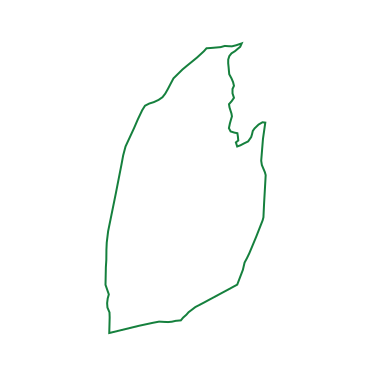 outline of Kilimani, Nairobi, Kenya, rotated 103°
{"feature_id": "3690345B60954938722766", "entity_name": "Kilimani", "entity_type": "district", "adm_level": 2, "iso_a3": "KEN", "parent_name": "Kenya", "parent_adm1": "Nairobi", "projection": "albers", "projection_center": [36.768, -1.277], "detail": "fine", "context": "isolated", "style": "outline", "palette": "green", "viewbox_px": 384, "rotation_deg": 103, "n_neighbors": 0, "source": "geoboundaries", "source_scale": "gbopen_adm2", "svg_char_len": 1524}
<svg xmlns="http://www.w3.org/2000/svg" viewBox="0 0 384 384"><g transform="rotate(103 192 192)"><path d="M133.3,261.1L142.6,262.8L162.6,267.0L171.8,267.3L181.0,266.9L210.8,265.9L249.1,264.9L260.4,263.7L267.5,262.4L277.5,260.2L284.7,259.0L301.9,255.4L310.5,250.0L314.7,250.2L319.4,249.7L323.6,248.4L327.9,245.3L332.8,244.0L348.0,240.9L334.3,213.6L328.3,200.8L325.7,194.9L324.8,189.7L324.1,186.0L322.9,182.4L321.2,178.9L319.6,174.0L316.4,172.4L312.9,169.9L309.9,168.3L303.3,162.8L296.9,155.3L293.8,151.8L286.0,142.9L272.1,127.1L256.3,124.9L248.9,124.9L244.2,123.6L238.9,122.4L233.1,121.4L221.3,119.4L203.7,116.8L200.6,116.7L186.9,119.2L163.0,123.3L159.0,124.0L156.4,125.4L150.0,130.0L146.0,131.6L124.3,134.8L107.9,136.2L108.2,139.0L111.3,142.3L115.9,145.3L118.8,146.5L122.1,146.5L125.2,146.7L130.1,148.7L133.0,152.3L135.6,155.3L137.5,158.2L133.8,160.4L131.4,158.5L127.8,159.7L124.5,161.0L124.6,164.1L124.3,168.0L121.5,170.4L116.6,170.5L112.4,170.3L109.3,170.1L106.7,171.2L104.0,172.8L101.1,174.5L98.1,175.7L94.6,173.8L90.8,172.3L86.8,174.7L82.5,175.7L79.1,175.0L75.7,176.7L72.4,179.1L68.9,182.2L65.3,183.4L62.2,184.4L58.4,185.7L54.8,186.5L51.1,186.2L48.0,184.7L45.1,181.8L42.4,179.8L39.7,177.7L36.0,177.0L39.1,182.0L41.1,185.9L41.8,189.7L42.3,192.9L44.4,196.7L45.7,200.7L47.3,205.6L48.7,210.2L52.2,212.1L59.8,217.3L70.1,225.3L74.7,228.8L85.4,235.6L91.0,237.1L96.8,238.6L102.2,240.2L106.3,242.1L109.8,245.3L113.0,249.4L115.4,253.5L118.5,257.2L123.4,258.9L133.3,261.1Z" fill="none" stroke="#15803d" stroke-width="2"/></g></svg>